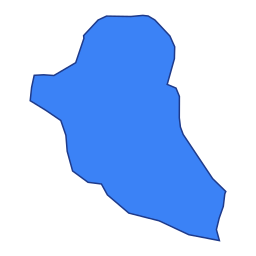 the border of María Trinidad Sánchez
{"feature_id": "DOM-1982", "entity_name": "María Trinidad Sánchez", "entity_type": "Province", "adm_level": 1, "iso_a3": "DOM", "parent_name": "Dominican Republic", "parent_adm1": "", "projection": "albers", "projection_center": [-69.986, 19.439], "detail": "fine", "context": "isolated", "style": "filled", "palette": "blue", "viewbox_px": 256, "rotation_deg": 0, "n_neighbors": 0, "source": "natural_earth", "source_scale": "10m", "svg_char_len": 600}
<svg xmlns="http://www.w3.org/2000/svg" viewBox="0 0 256 256"><path d="M83.6,35.6L98.1,20.0L106.5,16.1L130.9,16.5L142.8,15.4L148.2,16.0L154.9,20.0L169.9,36.0L174.7,46.8L174.4,58.7L167.2,84.4L176.0,88.1L179.4,96.4L179.3,117.8L180.4,127.0L183.2,134.5L212.6,178.6L225.8,191.5L224.8,193.8L223.3,206.4L219.2,218.1L216.4,229.6L219.4,240.6L188.8,234.7L159.1,220.8L128.8,213.1L107.4,194.9L101.4,184.0L88.0,182.3L72.6,171.0L67.2,151.3L65.9,135.3L60.8,120.5L45.8,110.3L30.2,100.7L31.6,87.4L34.2,75.3L43.6,74.8L53.9,75.5L75.7,62.7L83.9,38.4L83.6,35.6Z" fill="#3b82f6" stroke="#1e3a8a" stroke-width="1.5"/></svg>